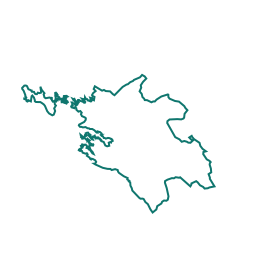 Geita, Geita, United Republic of Tanzania (Equal Earth projection), rotated 317°
{"feature_id": "72390352B97667671873629", "entity_name": "Geita", "entity_type": "district", "adm_level": 2, "iso_a3": "TZA", "parent_name": "United Republic of Tanzania", "parent_adm1": "Geita", "projection": "equal_earth", "projection_center": [32.048, -2.782], "detail": "fine", "context": "isolated", "style": "outline", "palette": "teal", "viewbox_px": 256, "rotation_deg": 317, "n_neighbors": 0, "source": "geoboundaries", "source_scale": "gbopen_adm2", "svg_char_len": 5655}
<svg xmlns="http://www.w3.org/2000/svg" viewBox="0 0 256 256"><g transform="rotate(317 128 128)"><path d="M88.4,206.6L93.2,206.9L96.1,205.1L100.9,206.0L102.7,205.2L104.9,205.6L106.5,207.4L108.2,207.6L111.0,205.6L115.3,198.4L117.7,193.2L118.9,192.1L121.6,192.7L125.9,194.6L127.3,196.1L129.3,196.5L131.5,199.3L132.5,199.6L133.8,213.2L135.7,212.6L136.6,211.8L141.6,213.4L141.9,215.2L141.6,219.0L142.8,222.4L142.7,224.5L145.3,226.5L147.0,227.0L151.4,229.7L153.2,221.0L154.1,220.1L155.5,216.7L158.6,217.2L161.0,214.1L162.7,210.5L164.0,209.5L165.2,209.3L165.2,207.7L164.2,204.6L165.2,198.4L166.8,197.0L169.1,198.2L168.3,194.1L168.7,190.4L170.2,187.6L168.7,181.2L168.8,178.5L169.2,177.2L166.3,176.7L166.3,179.4L167.0,181.4L163.6,181.4L162.1,179.8L161.7,178.2L160.3,175.9L157.9,174.7L157.9,171.4L156.3,166.9L160.1,151.1L161.5,149.9L164.2,150.1L170.2,155.2L172.8,158.0L175.0,158.9L176.1,158.7L179.1,156.2L183.6,155.5L183.6,152.5L184.1,150.4L183.3,143.5L180.8,140.3L178.4,134.9L178.6,133.0L180.2,131.1L180.0,130.6L173.9,127.7L168.3,126.7L165.7,126.9L164.6,125.8L162.7,125.2L160.9,120.6L159.3,119.0L159.8,117.6L159.7,115.2L161.3,112.4L161.5,109.1L165.2,107.5L166.4,105.5L170.5,104.5L175.1,104.3L175.4,101.7L174.5,98.8L171.3,99.1L165.2,96.9L163.7,97.0L160.9,96.0L157.8,95.9L156.5,95.2L152.1,94.3L140.5,94.8L140.0,92.9L139.9,89.0L136.9,85.8L136.4,83.8L134.5,83.0L132.2,74.9L129.5,76.1L129.5,78.9L126.3,78.7L124.1,79.4L123.9,80.2L124.7,82.4L122.0,84.5L121.7,83.7L122.1,82.0L121.8,82.2L121.9,81.8L121.0,80.2L119.9,83.0L119.3,83.4L118.8,83.1L117.8,80.9L117.2,80.5L117.7,80.6L117.4,80.3L117.8,79.1L117.0,78.3L117.5,76.2L116.1,77.5L115.4,76.7L114.6,76.9L114.5,79.8L113.7,80.1L113.1,79.5L112.9,77.9L111.7,75.8L111.3,74.0L110.5,73.4L109.7,73.8L109.5,75.6L108.6,75.7L108.0,72.2L108.7,70.1L107.9,69.8L107.5,68.9L107.1,70.7L107.7,71.3L106.6,74.3L106.7,76.3L105.2,76.2L105.2,73.4L104.6,72.8L104.8,71.5L104.3,71.0L103.9,72.4L103.0,72.9L102.9,73.7L101.2,73.4L100.8,74.4L102.1,76.6L102.5,76.1L103.4,76.7L103.7,78.2L102.7,79.5L102.9,82.3L103.2,82.7L102.9,81.3L103.3,82.4L104.7,83.1L104.6,85.2L103.0,85.8L102.4,87.9L103.7,90.9L103.8,92.1L102.6,93.2L100.1,93.7L94.6,92.2L93.8,92.6L93.7,94.5L94.8,95.5L95.4,96.8L97.6,98.4L98.2,100.5L99.3,101.8L99.4,102.7L101.2,104.4L101.9,106.8L101.9,109.9L102.1,110.1L102.1,109.4L103.3,109.5L104.8,112.1L104.9,114.4L105.3,114.9L104.7,114.5L104.4,115.0L103.4,114.3L103.8,114.7L103.4,114.6L103.4,116.0L104.0,116.8L103.5,118.8L104.2,119.5L104.5,120.6L106.6,121.6L107.7,123.0L108.0,124.3L108.5,124.7L108.4,126.3L108.0,127.0L106.7,126.5L105.7,127.1L105.2,126.1L103.9,125.6L102.2,128.2L100.3,127.2L99.5,125.3L100.7,121.6L99.8,120.0L100.2,118.8L100.2,117.3L99.7,117.6L99.9,116.6L100.3,116.9L99.6,116.3L99.9,114.7L99.2,114.0L98.7,114.4L99.0,113.9L98.4,114.6L97.8,114.0L98.0,112.3L97.6,112.5L98.4,110.9L97.8,110.8L97.0,111.8L96.2,110.3L94.9,111.1L94.4,112.4L93.9,111.4L94.0,108.4L94.4,109.1L94.3,108.5L94.8,108.8L95.7,107.2L95.7,106.8L95.1,106.9L95.0,106.6L95.4,106.8L95.0,105.6L95.7,104.3L94.9,103.5L93.4,103.0L92.8,104.0L92.9,104.9L92.4,105.3L91.9,105.2L91.4,104.0L90.1,105.0L89.1,104.5L88.7,100.7L88.1,101.7L88.3,102.6L87.4,102.9L87.6,103.6L87.2,104.6L89.6,106.1L89.5,108.6L90.2,108.5L90.0,108.8L91.0,108.3L91.4,110.6L90.6,110.2L90.6,109.2L90.2,108.9L90.2,110.4L91.2,110.8L89.9,110.6L89.5,111.7L90.2,111.7L89.5,112.0L90.2,112.0L90.0,112.6L89.6,112.6L89.9,115.3L90.4,114.9L90.7,115.8L90.6,115.2L90.8,115.8L91.4,116.1L91.3,116.6L90.4,117.0L88.1,114.3L87.1,115.2L85.8,118.2L85.7,121.6L85.1,123.4L84.7,122.3L85.2,118.6L85.2,117.8L84.7,117.0L84.9,115.3L84.1,114.3L84.4,114.1L84.9,114.6L85.2,114.4L84.6,114.2L85.5,114.1L85.8,112.3L85.3,110.8L83.6,110.5L83.4,109.8L83.7,109.2L83.3,108.7L82.3,109.2L81.4,108.9L81.2,109.6L81.5,110.4L81.2,110.3L81.1,111.2L79.3,110.7L78.5,112.4L78.7,113.3L78.0,115.1L79.5,117.9L80.7,118.4L80.5,119.8L79.0,120.3L79.7,123.3L79.3,124.9L79.5,125.6L80.1,125.2L81.2,126.8L82.0,129.2L81.6,131.1L79.7,131.6L78.9,131.0L79.3,132.5L82.4,139.9L85.2,144.0L87.2,145.9L87.4,147.6L90.5,149.3L91.8,151.7L91.0,153.1L90.8,154.6L92.0,160.4L93.6,164.4L92.4,165.1L92.9,167.6L92.2,167.7L92.5,169.3L90.5,171.8L89.7,174.6L88.5,176.7L88.6,186.8L88.9,188.2L90.6,189.7L91.0,190.7L90.2,194.0L90.6,197.2L88.9,202.9L88.4,206.6ZM82.7,28.5L82.3,27.3L81.1,26.3L77.9,26.5L77.3,27.3L77.1,29.5L75.3,34.1L74.6,34.6L74.4,36.3L73.4,36.5L72.3,35.6L71.9,36.1L72.9,37.6L72.2,39.0L72.4,40.0L73.1,40.2L74.0,39.6L75.1,42.3L79.2,39.0L80.2,39.0L80.0,41.5L78.9,44.0L78.1,44.9L78.4,46.2L81.6,49.3L82.1,51.3L82.5,53.4L82.3,55.3L80.4,60.6L80.2,63.5L81.3,67.1L82.8,67.6L86.3,65.9L87.4,63.3L90.6,62.4L90.6,60.9L91.7,59.4L92.4,59.1L92.7,57.8L91.1,57.6L91.2,55.9L92.8,54.0L92.5,53.6L91.7,53.7L91.8,53.0L91.3,52.1L88.1,50.1L87.8,48.6L89.3,45.8L90.6,45.6L90.9,41.2L92.1,38.0L89.0,42.4L88.4,42.8L86.9,42.0L86.2,40.7L84.5,41.1L83.7,40.4L83.3,39.3L83.9,37.5L82.5,36.0L83.0,35.1L82.6,34.9L82.7,34.0L81.6,31.7L82.7,28.5ZM99.4,54.5L99.4,53.0L98.7,52.7L98.0,53.5L98.4,54.5L97.7,54.1L97.1,54.6L97.1,55.7L96.5,55.3L95.3,57.5L95.2,56.6L94.3,59.2L95.0,58.9L95.4,59.7L96.9,58.5L97.4,58.8L97.3,60.4L98.1,60.6L98.7,58.6L98.3,57.0L99.4,54.5ZM101.8,63.9L100.4,62.1L99.5,62.7L99.6,64.1L98.4,64.2L97.7,63.1L97.1,63.9L97.7,64.3L98.7,66.3L99.6,66.1L99.3,67.3L99.6,68.0L100.7,67.2L100.9,68.0L101.6,68.1L101.9,67.2L101.2,65.3L101.8,64.1L102.5,64.0L102.3,63.3L101.8,63.4L101.8,63.9ZM105.0,62.6L102.9,60.9L102.2,61.5L102.6,63.3L103.7,63.7L104.2,63.2L105.2,63.7L105.0,62.6ZM77.8,112.4L78.0,112.1L77.8,109.6L77.4,110.7L76.9,110.8L77.3,112.2L77.8,112.4ZM114.6,76.7L114.6,75.8L114.3,75.3L114.2,76.4L114.6,76.7ZM99.2,61.4L99.1,61.0L98.6,60.9L98.7,61.3L99.2,61.4Z" fill="none" stroke="#0f766e" stroke-width="2"/></g></svg>